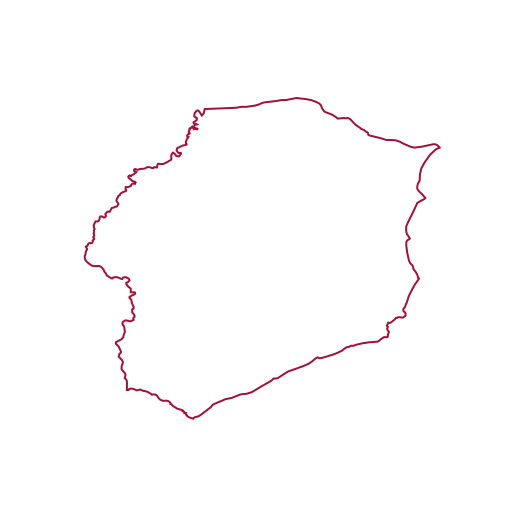 the district of Lospalos, Lautém, East Timor, rotated 24°
{"feature_id": "22284137B26175223982630", "entity_name": "Lospalos", "entity_type": "district", "adm_level": 2, "iso_a3": "TLS", "parent_name": "East Timor", "parent_adm1": "Lautém", "projection": "orthographic", "projection_center": [126.99, -8.54], "detail": "fine", "context": "isolated", "style": "outline", "palette": "rose", "viewbox_px": 512, "rotation_deg": 24, "n_neighbors": 0, "source": "geoboundaries", "source_scale": "gbopen_adm2", "svg_char_len": 6089}
<svg xmlns="http://www.w3.org/2000/svg" viewBox="0 0 512 512"><g transform="rotate(24 256 256)"><path d="M192.6,431.0L194.1,430.2L194.3,428.9L196.0,427.8L198.5,427.2L201.7,427.3L204.7,425.0L206.8,425.2L211.7,424.2L216.6,424.7L217.2,425.1L218.1,424.4L220.7,423.4L222.3,423.8L224.9,425.5L227.2,426.3L230.0,426.1L233.0,424.6L234.9,424.2L236.9,424.7L238.0,425.5L238.1,425.9L238.6,425.6L240.5,426.6L241.8,426.9L244.7,427.2L245.4,427.5L246.0,427.5L251.4,426.8L251.9,426.9L252.0,427.4L252.6,427.1L253.2,427.4L253.0,427.6L255.0,428.0L254.9,428.3L255.4,428.1L255.3,428.5L255.8,428.5L256.1,428.9L256.7,429.0L257.2,429.7L257.8,429.7L258.1,430.2L260.5,430.6L264.8,430.2L265.0,429.1L265.6,428.2L268.2,426.3L270.1,423.7L276.2,412.5L276.9,409.7L277.6,408.6L286.5,399.1L291.7,395.4L297.6,389.3L299.6,387.8L303.6,385.6L307.8,381.8L314.1,372.7L320.3,364.3L321.2,362.7L321.8,360.8L324.4,359.7L325.5,358.8L330.7,350.8L332.4,348.4L344.1,337.2L347.9,333.0L350.6,328.7L351.5,326.3L353.3,323.7L353.8,323.5L355.4,323.7L357.7,322.3L366.7,314.5L369.4,311.8L372.9,307.7L375.2,303.4L376.2,302.2L377.6,301.6L379.3,299.3L381.4,298.5L383.6,296.3L389.7,291.8L394.2,289.0L401.9,284.8L402.9,283.5L403.8,281.5L405.5,278.6L406.3,277.8L408.7,277.0L409.2,276.5L408.5,273.8L408.3,271.4L408.1,271.0L406.6,270.3L405.5,269.4L405.3,267.1L404.1,266.7L403.8,266.3L404.0,264.5L403.8,263.4L404.0,263.0L405.4,262.8L406.1,262.2L408.4,257.9L409.0,255.7L409.4,255.3L409.9,255.3L410.6,254.3L411.5,253.7L415.2,252.6L416.8,249.9L416.8,249.4L416.1,247.8L414.6,246.7L413.9,246.7L413.2,246.3L412.7,245.8L412.2,244.5L412.2,243.9L412.8,242.6L412.8,241.1L412.5,238.9L412.7,237.8L412.2,232.5L411.9,231.2L412.1,225.6L412.7,217.5L414.1,210.9L414.0,210.2L413.1,210.2L412.6,209.9L412.1,208.8L410.7,207.3L407.9,205.3L405.5,204.1L402.8,200.9L400.8,200.3L399.2,199.4L397.5,197.8L392.6,191.2L389.1,185.4L388.1,183.3L387.7,181.6L387.8,180.2L389.4,178.0L389.4,177.4L384.7,174.4L383.1,172.2L381.6,169.0L381.2,167.5L381.2,163.6L381.7,150.5L381.8,141.9L384.7,137.8L385.6,136.9L386.7,135.3L387.1,134.1L382.7,132.1L377.6,130.2L376.6,129.5L375.8,128.6L375.2,127.4L374.5,124.3L374.8,120.6L372.5,114.5L371.4,108.4L371.9,102.3L373.8,92.8L376.9,85.4L379.7,82.3L378.5,81.7L376.6,81.0L375.3,81.0L374.1,81.1L372.6,81.7L362.3,89.2L356.5,92.6L352.9,93.3L345.1,93.4L340.8,93.1L336.6,93.5L333.7,94.5L327.8,97.0L322.3,97.6L310.9,99.7L309.2,99.6L308.7,98.5L308.1,97.9L305.7,97.6L303.5,97.0L300.2,97.1L299.1,96.6L293.7,95.7L286.5,92.7L284.9,92.5L283.2,92.8L282.3,93.6L280.0,94.3L275.0,97.1L274.4,97.2L272.5,96.6L267.9,95.9L260.8,96.3L259.5,96.1L256.9,94.7L253.9,91.8L251.5,90.9L247.1,90.8L242.7,91.2L238.4,92.2L229.0,95.1L227.8,95.8L220.0,101.3L215.8,103.2L211.1,106.4L202.2,111.6L199.8,113.3L196.7,116.7L193.9,119.0L186.6,123.6L181.6,125.9L177.5,128.7L149.4,142.6L150.2,146.8L149.4,149.7L145.4,147.1L143.6,146.6L142.7,147.5L141.8,150.5L142.8,153.5L144.1,154.0L145.9,154.1L146.5,155.7L145.6,157.8L144.6,158.9L144.7,159.7L145.6,160.3L146.4,160.2L147.6,159.7L148.5,159.8L147.0,160.8L146.7,161.2L146.8,162.9L147.9,163.9L150.5,163.5L150.9,163.7L150.7,164.3L148.8,164.4L147.7,165.5L146.8,165.0L146.2,163.9L145.3,163.5L145.0,163.9L144.7,165.3L143.5,166.3L143.5,167.1L144.0,167.3L144.1,167.8L143.8,169.2L143.9,169.8L144.3,170.3L145.4,170.7L145.6,171.2L144.5,172.3L144.1,174.0L144.8,174.9L145.9,174.8L145.3,177.5L145.5,180.4L146.1,181.5L147.0,181.9L147.3,182.4L146.6,183.2L144.2,184.8L141.2,188.3L140.2,189.5L140.1,190.2L140.5,191.8L142.7,193.3L144.0,193.1L145.2,192.4L145.7,192.6L145.8,193.7L145.4,195.6L145.0,196.4L142.6,197.1L140.6,195.9L138.2,195.3L137.9,195.5L137.6,197.4L137.8,199.0L139.0,201.1L139.3,202.6L136.6,206.4L133.9,209.6L131.7,210.7L129.3,211.4L128.9,212.0L128.9,213.0L129.5,215.4L128.2,215.9L127.2,216.0L126.8,216.3L126.5,217.4L124.9,218.0L123.2,218.0L120.7,218.9L118.8,221.3L116.9,222.6L115.1,223.3L112.8,225.4L110.1,225.7L109.6,226.5L109.6,227.1L110.1,227.9L112.6,227.9L112.5,228.5L112.0,228.9L111.0,231.0L109.6,232.9L109.5,233.6L109.0,234.0L107.9,233.7L107.3,234.3L107.0,235.3L107.2,235.8L108.6,236.7L109.9,236.8L112.7,237.8L115.6,237.4L116.2,237.8L115.9,238.7L116.1,239.2L114.1,240.0L113.6,240.4L113.1,241.4L113.2,243.1L110.8,245.2L109.0,246.1L109.3,247.5L110.8,248.8L110.7,249.6L108.1,252.1L106.9,254.1L106.7,254.7L106.9,255.6L105.8,257.3L106.0,258.5L105.7,260.4L105.7,261.6L106.2,262.4L108.7,264.0L109.2,264.6L108.9,267.2L108.1,267.9L107.4,268.2L106.7,269.2L104.7,270.9L104.4,275.0L102.2,275.9L102.0,276.4L102.0,277.0L101.3,278.5L101.4,279.2L102.8,280.6L102.5,281.5L101.6,282.8L98.8,282.5L97.7,283.2L97.5,284.0L98.1,286.2L97.9,288.3L97.3,288.9L95.6,289.4L95.3,290.1L95.2,293.5L95.8,295.1L96.9,296.5L97.3,296.6L97.6,297.2L97.5,298.7L98.5,300.3L98.6,301.6L99.8,302.8L100.0,303.4L99.7,304.7L99.9,305.4L100.8,305.7L101.2,306.1L101.2,306.7L100.5,308.2L101.1,309.3L100.9,310.7L100.0,311.5L99.3,311.8L98.8,311.7L97.9,312.8L97.8,314.0L97.9,315.3L96.9,316.5L96.8,316.9L98.7,318.1L99.0,318.6L98.7,320.9L99.6,324.0L99.5,325.3L100.0,326.8L101.2,328.5L102.5,329.5L104.3,330.3L109.7,331.6L112.7,330.9L116.8,328.9L118.8,329.0L120.6,329.6L122.3,330.5L123.8,332.0L125.9,332.9L127.6,334.5L133.4,335.2L134.0,334.9L134.3,333.6L137.1,332.0L137.6,331.8L142.2,331.7L143.1,331.4L143.4,329.6L145.6,328.3L148.5,328.4L149.6,328.8L150.4,329.8L149.5,332.2L148.5,333.1L148.4,333.6L148.7,334.2L151.0,335.7L154.8,336.7L156.2,339.9L156.6,340.1L159.6,338.6L160.2,338.6L160.6,339.0L160.9,339.6L160.7,340.3L158.2,343.1L157.1,345.1L157.4,345.7L160.0,346.8L161.7,349.4L165.0,352.3L165.5,353.8L164.6,355.1L164.8,355.6L166.0,358.0L168.5,359.1L169.5,360.2L169.8,361.0L169.2,362.4L169.4,363.2L170.2,364.1L168.1,366.6L167.6,366.9L164.1,367.5L163.0,367.9L162.3,368.6L161.2,370.5L161.3,371.7L161.8,372.6L164.2,374.1L167.1,378.6L167.3,382.4L167.8,384.3L166.9,386.9L163.1,391.7L163.4,392.8L164.3,393.5L165.6,393.8L167.5,394.7L171.6,398.3L171.9,399.5L171.0,400.8L171.4,403.4L171.8,403.9L176.1,405.7L177.5,407.0L177.9,408.5L178.1,411.2L179.1,413.9L180.4,414.8L183.1,415.9L184.7,417.1L185.3,418.0L185.7,420.9L187.7,421.7L188.7,422.6L189.4,423.7L192.6,431.0Z" fill="none" stroke="#9f1239" stroke-width="2"/></g></svg>